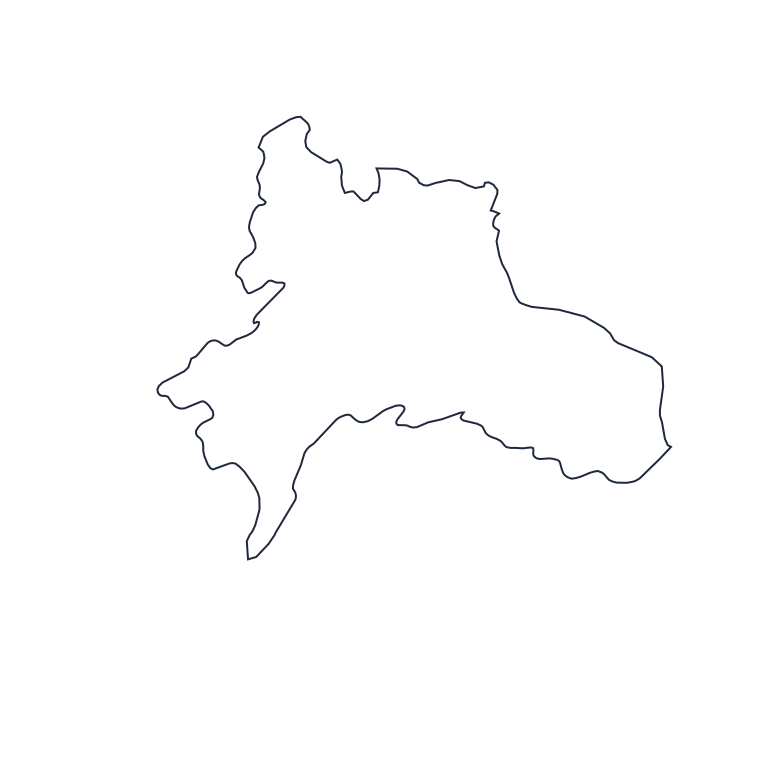 map outline of Roscommon (Natural Earth projection), rotated 312°
{"feature_id": "IRL-727", "entity_name": "Roscommon", "entity_type": "County", "adm_level": 1, "iso_a3": "IRL", "parent_name": "Ireland", "parent_adm1": "", "projection": "natural_earth1", "projection_center": [-8.318, 53.695], "detail": "fine", "context": "isolated", "style": "outline", "palette": "slate", "viewbox_px": 768, "rotation_deg": 312, "n_neighbors": 0, "source": "natural_earth", "source_scale": "10m", "svg_char_len": 4198}
<svg xmlns="http://www.w3.org/2000/svg" viewBox="0 0 768 768"><g transform="rotate(312 384 384)"><path d="M577.6,584.2L568.9,593.2L549.2,606.5L545.1,610.3L541.4,616.4L531.2,629.5L528.4,635.8L529.3,639.4L512.4,639.0L485.1,637.2L479.9,635.6L476.5,633.3L472.7,630.2L466.4,622.9L464.3,618.8L463.3,615.2L464.2,608.2L464.2,606.7L463.9,604.9L462.4,601.1L459.6,598.8L455.5,596.3L446.8,592.2L442.3,589.4L439.1,586.7L437.5,582.6L437.2,579.6L437.6,577.0L439.7,573.0L443.4,567.3L443.9,565.4L443.4,563.3L441.3,559.4L439.6,556.9L432.4,549.9L430.8,546.8L430.6,544.0L431.5,542.0L434.9,539.2L436.1,537.8L435.5,536.2L434.2,534.7L429.1,530.2L423.6,523.4L421.9,521.7L420.5,519.7L419.0,517.1L419.0,514.6L419.7,509.9L419.5,507.7L418.4,503.8L417.1,500.9L415.8,497.0L415.5,494.5L415.7,492.2L418.1,485.9L418.0,484.0L417.6,482.4L416.5,479.3L410.1,467.6L409.7,465.5L410.2,463.5L412.1,462.7L416.1,462.3L414.0,460.1L396.5,450.6L385.1,442.5L373.9,437.3L371.0,434.6L369.5,431.8L368.9,429.5L367.4,427.2L362.6,421.6L362.9,419.6L364.5,418.2L367.1,417.6L376.7,416.9L379.2,416.0L380.3,414.4L380.1,412.5L379.2,410.6L377.7,409.0L375.4,407.1L366.8,402.7L362.9,401.3L350.4,398.7L345.5,396.8L341.5,394.0L340.2,392.3L339.0,390.3L338.6,388.3L338.3,386.1L338.4,380.4L337.5,378.2L335.3,376.2L331.1,374.0L328.0,372.9L325.2,372.4L292.9,371.7L287.1,370.4L283.6,370.4L279.3,371.2L267.9,376.6L252.3,382.0L247.9,384.2L245.2,386.5L244.6,388.9L243.7,391.1L242.5,392.9L240.8,394.4L238.5,395.6L201.1,402.9L198.7,403.7L188.1,405.2L170.0,404.8L162.7,400.3L175.4,387.2L182.3,385.1L185.1,385.0L187.9,384.4L192.9,382.8L206.1,376.2L208.0,375.0L215.9,367.6L218.7,363.0L221.5,355.9L225.4,339.0L225.9,331.8L225.5,327.1L224.5,325.1L222.9,323.4L221.1,322.1L206.0,314.0L205.3,311.2L206.2,307.0L210.1,299.0L213.1,294.7L217.4,290.7L219.5,288.2L220.5,284.8L220.4,279.6L221.5,277.4L223.4,275.7L227.6,274.9L231.0,274.9L234.2,275.5L241.5,278.4L244.1,279.0L246.9,277.8L249.2,275.0L250.8,268.3L250.9,264.4L250.3,261.5L248.8,260.0L232.6,252.2L231.0,250.7L229.6,249.2L228.6,247.3L227.8,245.0L227.6,242.5L227.9,240.1L229.9,231.9L229.1,229.9L226.3,226.4L225.8,224.1L226.4,221.8L228.3,219.2L231.8,218.1L236.8,218.4L259.6,227.0L265.4,227.5L274.0,223.8L278.2,225.7L280.8,225.9L296.5,225.4L299.4,226.2L301.4,227.3L303.1,229.0L304.2,230.8L304.9,233.1L305.5,237.9L306.1,240.3L307.7,241.8L309.8,242.9L318.1,244.4L328.4,249.7L333.5,251.5L336.5,252.0L339.7,252.1L342.6,251.7L344.9,250.8L346.2,249.7L345.2,248.0L343.7,247.6L342.2,246.6L343.1,245.3L345.4,243.9L350.2,243.1L388.5,244.8L390.7,244.0L392.1,242.7L391.1,240.3L387.9,236.9L386.8,235.0L386.1,232.7L385.2,230.8L383.6,229.4L381.1,228.9L375.3,228.6L372.6,228.0L363.0,224.2L361.3,223.1L360.7,222.3L360.5,221.3L361.3,218.9L362.0,215.9L365.9,209.2L366.5,205.7L366.0,203.0L366.3,201.0L368.1,199.1L376.1,196.7L380.6,196.2L384.7,196.6L390.5,198.1L393.6,198.5L398.9,197.5L400.4,196.3L402.6,194.0L405.5,188.6L407.8,181.8L410.2,178.7L414.5,176.0L424.3,171.7L429.4,171.0L432.9,171.4L436.4,174.2L438.0,174.9L439.9,174.5L440.2,171.4L439.7,169.0L439.9,166.6L441.3,164.1L446.2,161.0L448.8,158.3L450.9,153.8L452.8,151.1L457.7,149.2L466.9,146.7L471.6,144.2L473.7,141.9L475.9,138.7L475.8,132.6L486.7,128.6L495.3,130.1L517.5,137.0L523.5,140.2L526.7,143.2L526.7,150.9L526.5,153.3L525.7,155.4L524.6,157.1L523.2,158.8L518.0,159.4L511.8,163.0L508.1,167.7L507.5,174.6L510.8,192.6L512.0,195.6L519.5,199.1L518.4,204.3L514.9,209.3L512.9,211.4L509.6,213.3L503.3,220.0L499.8,227.1L504.7,230.4L506.7,232.5L505.9,242.8L506.5,246.7L510.2,248.7L518.8,248.2L522.4,251.2L528.3,247.8L533.2,243.7L536.9,239.0L539.2,234.2L552.9,249.9L557.4,259.0L558.6,271.6L557.1,275.3L558.3,280.5L560.5,283.5L568.1,287.9L573.3,291.7L579.1,295.8L585.3,304.4L587.6,313.0L590.7,320.7L597.6,326.0L601.0,324.4L603.9,326.8L605.3,331.9L604.1,338.5L601.0,341.0L584.4,347.2L585.6,349.5L587.7,355.5L583.3,354.8L579.7,355.7L576.9,357.3L574.7,359.3L574.2,361.6L574.7,364.4L574.9,366.9L565.3,372.2L556.5,383.9L552.2,391.6L548.8,401.3L546.4,406.1L538.6,419.9L536.3,425.8L535.4,430.2L536.0,432.5L537.7,436.9L540.2,442.2L556.2,464.3L568.4,488.0L572.9,509.7L572.9,518.1L570.5,525.6L571.0,530.6L583.1,565.1L582.9,578.7L577.9,583.9L577.6,584.2Z" fill="none" stroke="#1e293b" stroke-width="2"/></g></svg>